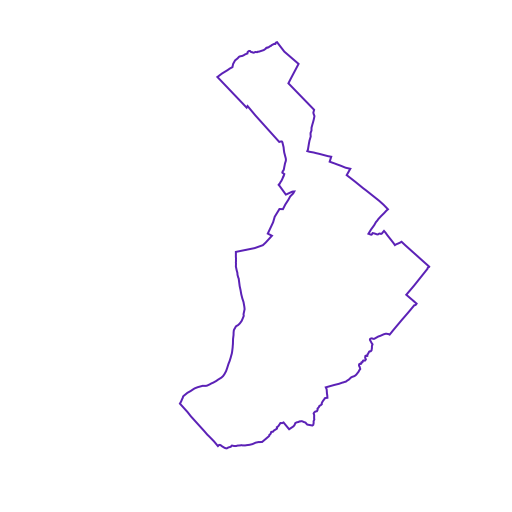 Tansa, Iasi, Romania (Robinson projection), rotated 233°
{"feature_id": "2599482B58349207668580", "entity_name": "Tansa", "entity_type": "district", "adm_level": 2, "iso_a3": "ROU", "parent_name": "Romania", "parent_adm1": "Iasi", "projection": "robinson", "projection_center": [27.249, 46.905], "detail": "fine", "context": "isolated", "style": "outline", "palette": "violet", "viewbox_px": 512, "rotation_deg": 233, "n_neighbors": 0, "source": "geoboundaries", "source_scale": "gbopen_adm2", "svg_char_len": 6078}
<svg xmlns="http://www.w3.org/2000/svg" viewBox="0 0 512 512"><g transform="rotate(233 256 256)"><path d="M415.2,391.2L415.5,390.9L415.4,390.6L415.6,390.1L416.0,389.8L416.0,389.1L415.7,388.5L415.8,386.1L417.5,381.1L418.0,380.6L418.1,379.6L419.3,378.3L419.6,377.1L419.7,376.6L420.1,376.1L421.0,375.7L421.6,375.0L422.3,374.7L423.3,374.6L423.9,373.9L424.0,373.0L423.9,372.1L422.9,371.0L423.2,370.2L423.4,369.2L423.6,368.6L423.7,367.0L423.9,366.4L423.9,365.8L425.1,363.3L425.3,362.3L424.9,360.2L424.8,357.0L423.2,353.4L421.0,350.8L421.3,349.0L421.5,347.6L421.5,346.4L421.6,344.6L422.2,338.7L422.2,332.9L380.1,337.8L380.8,339.5L368.6,340.1L333.1,343.2L332.8,344.2L332.0,345.5L331.6,345.6L330.9,345.5L326.3,343.5L323.8,342.0L321.6,340.8L316.0,338.5L314.7,337.7L313.9,336.9L312.5,334.9L310.7,332.9L310.1,332.2L308.6,330.6L307.8,329.4L307.6,328.4L307.3,327.9L306.7,327.2L304.4,327.9L303.5,326.5L303.1,325.7L303.0,325.8L300.8,321.7L300.4,320.4L299.2,317.7L299.4,317.6L299.2,316.9L297.7,317.0L287.1,316.8L286.8,317.9L285.9,322.2L285.6,323.5L285.3,324.2L284.5,325.4L283.6,323.4L283.0,319.2L281.4,315.6L279.5,310.4L277.2,305.7L279.4,303.0L276.1,294.6L272.6,289.9L266.8,278.9L262.6,280.9L260.9,271.8L260.5,268.0L263.1,259.7L271.4,242.4L269.5,241.0L267.3,239.3L266.1,238.6L265.3,237.9L264.0,237.0L262.9,236.0L261.9,235.4L259.7,233.6L256.3,232.0L253.8,231.0L252.1,229.9L249.6,228.9L248.4,228.6L241.7,224.8L238.0,223.1L234.3,221.2L230.5,219.6L226.7,218.3L222.4,216.1L220.4,214.9L217.1,211.1L216.7,210.8L215.9,210.4L215.5,210.1L214.1,207.8L212.8,205.5L212.0,202.9L211.8,201.9L211.6,200.0L211.9,198.0L211.7,197.2L211.3,196.3L210.9,195.5L210.5,194.4L210.0,193.6L209.5,193.1L208.3,192.0L206.4,190.5L203.5,187.7L199.6,184.6L198.4,183.5L196.9,182.2L194.0,179.4L192.6,177.9L191.1,175.9L189.9,174.4L189.0,173.1L188.1,171.9L186.4,169.1L183.7,165.3L182.0,162.7L180.6,159.6L179.9,157.4L179.7,155.2L180.1,150.9L180.1,149.2L180.6,145.6L181.1,143.7L181.3,141.9L181.9,139.0L182.5,137.7L184.4,135.3L185.0,133.8L186.3,130.5L187.1,127.7L187.3,126.3L187.5,122.5L188.0,118.9L187.8,113.7L187.5,113.0L186.9,112.3L186.3,111.1L184.8,108.5L183.9,106.4L172.7,107.4L167.1,107.5L147.2,109.3L142.6,109.6L140.2,110.0L133.2,110.9L131.2,111.0L127.1,111.2L127.2,112.0L127.3,112.4L127.3,112.8L127.0,113.2L126.8,113.5L126.5,113.7L125.9,114.0L124.6,114.3L121.6,115.5L120.5,116.3L120.1,116.7L119.9,117.1L119.8,118.3L119.4,119.6L119.0,120.5L118.8,121.1L119.1,122.0L119.2,122.4L119.1,122.7L117.8,123.8L116.8,124.9L116.5,125.4L116.3,125.7L116.0,126.2L115.8,127.0L114.1,129.6L114.0,129.9L113.7,130.5L112.7,131.4L112.0,132.4L111.4,133.1L111.0,133.8L110.5,134.8L109.1,137.2L107.9,140.0L107.5,141.7L107.2,143.2L107.0,143.7L105.7,146.4L105.0,147.1L104.4,148.2L103.8,148.9L104.3,157.8L104.5,158.5L105.1,159.0L105.1,159.9L105.2,160.6L105.6,161.3L106.3,162.2L106.1,162.8L105.6,163.4L105.5,163.7L105.5,164.1L105.8,165.0L105.8,165.8L105.7,166.5L105.6,167.7L105.5,168.8L105.6,169.0L106.3,169.4L106.7,169.6L106.6,170.7L106.7,171.5L107.4,173.6L107.8,174.7L107.9,175.0L107.0,176.1L106.8,176.3L106.6,177.2L106.5,177.8L97.7,178.2L97.4,183.4L97.8,185.0L98.9,186.9L98.6,188.5L97.8,190.2L97.8,191.1L97.3,191.6L97.1,192.3L96.5,193.2L95.4,193.9L94.9,194.1L93.9,194.8L93.1,195.3L91.9,195.3L90.5,195.5L86.7,199.0L86.7,200.1L87.9,201.5L89.3,202.5L89.8,203.2L90.2,204.0L90.7,204.4L91.2,204.6L93.9,206.7L94.4,206.9L95.6,207.3L96.0,208.4L96.1,209.7L95.4,211.2L96.1,212.7L96.5,212.9L97.1,213.3L97.4,215.1L98.1,216.4L97.9,218.0L98.0,219.3L98.8,219.8L99.5,221.1L100.1,222.7L100.6,224.6L100.8,225.0L101.0,225.3L100.7,226.1L99.8,227.7L101.9,229.1L103.3,229.8L106.7,232.0L107.4,232.3L109.1,232.7L105.9,240.9L104.0,245.3L102.9,248.8L102.4,249.9L102.2,250.8L101.8,251.6L101.6,252.0L101.6,254.3L101.4,255.5L101.8,258.9L101.6,260.0L100.9,262.2L100.8,263.4L100.9,264.7L101.9,268.4L102.6,269.7L102.9,271.1L103.5,271.5L104.3,271.7L105.1,272.1L105.7,272.1L106.6,272.4L107.0,272.7L107.5,273.4L107.4,274.0L107.3,274.4L106.8,274.6L106.7,274.8L106.7,275.2L106.8,275.5L107.6,276.2L107.5,276.9L107.2,277.1L107.2,277.4L107.4,277.7L107.9,278.2L108.0,278.6L107.7,279.2L106.9,280.0L107.1,281.0L107.4,281.6L108.3,281.7L108.9,281.9L109.4,282.2L109.9,282.8L110.3,283.1L110.3,283.6L110.1,283.9L109.7,284.2L109.3,284.5L109.2,284.8L110.1,285.5L110.3,285.8L110.3,286.2L110.5,286.7L111.5,288.8L111.5,289.3L111.3,289.6L111.0,289.9L110.9,290.3L110.9,290.6L111.1,291.3L111.2,291.6L111.8,292.2L112.3,292.7L112.6,293.1L113.4,293.7L114.2,294.3L115.0,295.2L115.1,295.7L115.4,295.9L115.9,296.0L116.4,295.9L120.4,296.5L120.9,296.9L121.1,297.4L121.0,297.9L120.7,298.7L120.2,299.2L119.4,299.7L119.0,300.1L118.7,300.6L118.1,305.2L117.4,307.3L116.6,310.9L115.9,312.7L115.6,313.2L113.8,314.9L112.8,315.4L113.6,318.8L113.7,319.0L113.9,320.0L114.0,320.2L117.1,333.6L119.3,343.8L121.4,352.7L121.2,353.0L121.0,353.6L120.9,354.2L121.0,354.7L121.3,355.6L134.6,352.7L137.2,364.3L142.6,385.3L143.0,385.7L143.2,386.3L143.3,386.9L143.1,387.7L143.2,387.9L174.6,381.7L179.8,380.8L180.0,378.9L180.3,377.7L180.4,377.1L180.8,375.7L181.1,374.2L181.1,373.5L183.8,373.6L193.7,373.4L196.6,373.5L199.0,373.3L198.5,371.1L198.2,370.4L198.3,369.5L198.4,369.1L198.8,368.9L199.4,368.4L199.7,367.9L199.8,367.2L199.8,366.6L200.0,366.2L200.4,365.7L202.8,364.1L204.1,362.9L203.5,361.4L203.5,361.1L203.8,360.7L206.1,359.2L207.9,363.7L209.5,369.0L210.9,372.2L211.3,374.2L211.9,376.0L212.6,379.9L213.2,384.5L213.7,387.1L213.9,389.5L220.3,388.7L225.9,387.6L242.5,383.3L245.5,382.4L255.3,380.0L266.0,377.1L268.9,383.8L272.7,380.6L276.6,378.3L287.0,371.6L290.0,375.8L292.5,373.5L299.5,368.0L302.1,365.8L303.9,364.4L307.1,361.4L308.9,360.1L309.8,361.6L314.1,366.1L316.0,368.2L318.5,371.6L320.2,372.7L321.4,373.6L322.8,375.8L325.0,377.5L327.2,380.3L328.3,381.8L330.1,384.1L332.1,386.4L332.6,386.9L335.0,387.6L336.0,388.1L337.8,390.4L374.4,385.8L376.6,390.3L383.8,405.6L402.2,401.6L414.1,401.5L414.4,400.4L414.4,400.0L413.8,399.3L413.7,399.1L413.8,398.8L414.2,398.4L414.5,397.9L414.7,397.4L414.7,396.5L414.9,395.8L415.0,395.2L414.8,394.2L415.1,393.4L415.1,393.1L415.1,392.1L415.2,391.2Z" fill="none" stroke="#5b21b6" stroke-width="2"/></g></svg>